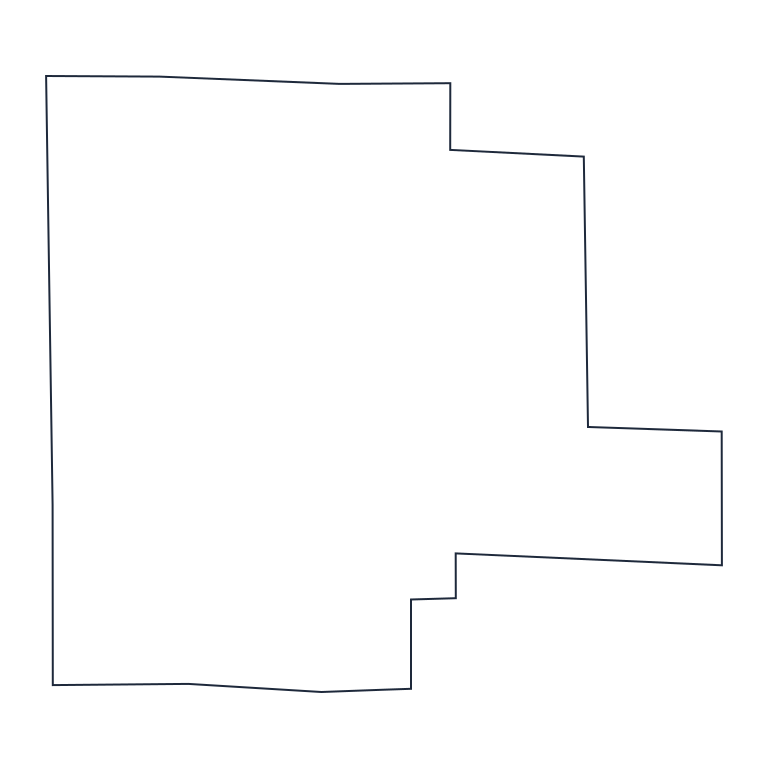 outline of Fayette, Alabama, United States of America
{"feature_id": "52423323B79974581250794", "entity_name": "Fayette", "entity_type": "district", "adm_level": 2, "iso_a3": "USA", "parent_name": "United States of America", "parent_adm1": "Alabama", "projection": "mercator", "projection_center": [-87.706, 33.72], "detail": "fine", "context": "isolated", "style": "outline", "palette": "slate", "viewbox_px": 768, "rotation_deg": 0, "n_neighbors": 0, "source": "geoboundaries", "source_scale": "gbopen_adm2", "svg_char_len": 346}
<svg xmlns="http://www.w3.org/2000/svg" viewBox="0 0 768 768"><path d="M46.1,76.0L52.6,505.0L52.8,685.1L188.3,683.9L321.4,692.0L384.2,689.7L411.0,688.8L411.0,599.5L455.8,598.2L455.7,553.4L721.9,565.3L721.7,431.5L588.0,427.0L583.8,156.6L450.2,149.9L450.3,83.2L339.6,83.9L159.4,76.6L46.1,76.0Z" fill="none" stroke="#1e293b" stroke-width="2"/></svg>